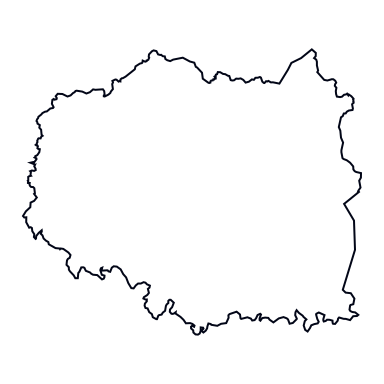 Adansi Akrofuom, Ashanti, Ghana
{"feature_id": "2480657B88279606337785", "entity_name": "Adansi Akrofuom", "entity_type": "district", "adm_level": 2, "iso_a3": "GHA", "parent_name": "Ghana", "parent_adm1": "Ashanti", "projection": "mercator", "projection_center": [-1.679, 6.031], "detail": "fine", "context": "isolated", "style": "outline", "palette": "ink", "viewbox_px": 384, "rotation_deg": 0, "n_neighbors": 0, "source": "geoboundaries", "source_scale": "gbopen_adm2", "svg_char_len": 5827}
<svg xmlns="http://www.w3.org/2000/svg" viewBox="0 0 384 384"><path d="M217.8,72.1L217.1,74.2L215.9,74.6L215.3,76.2L214.5,76.6L214.9,77.3L215.7,76.8L215.7,78.6L214.5,78.9L214.1,79.5L213.3,79.3L212.8,80.4L211.3,80.5L210.4,81.4L210.4,82.6L209.2,83.0L208.3,82.7L202.8,78.7L202.0,72.7L197.1,67.5L195.8,66.8L194.3,62.7L189.9,61.5L182.8,57.7L173.2,59.6L170.2,61.1L167.2,60.2L165.4,59.0L164.8,56.4L162.8,56.2L161.1,54.8L160.3,55.0L158.1,54.4L156.4,51.1L153.6,50.4L151.9,51.3L149.0,54.4L148.7,56.9L149.2,57.7L148.3,59.8L146.6,60.5L146.6,61.2L145.2,61.7L142.7,60.6L142.4,62.5L141.9,63.1L139.9,63.6L135.5,66.4L134.8,69.3L125.6,76.6L122.8,78.2L121.8,78.3L120.5,79.4L120.4,81.4L119.4,81.1L118.6,81.6L116.5,79.7L115.3,79.5L112.4,80.9L113.0,82.5L112.2,84.1L112.9,89.1L110.9,91.5L110.3,93.0L108.4,94.6L104.7,96.5L103.8,96.3L103.8,95.4L104.6,94.6L104.2,91.1L102.9,89.3L95.4,89.8L93.1,89.4L89.9,92.2L86.4,93.5L82.3,91.6L76.6,90.7L75.5,91.0L74.6,92.2L73.1,93.0L70.6,95.4L67.5,96.5L62.4,94.0L57.7,93.8L55.7,96.2L56.8,98.1L56.5,99.2L54.3,99.7L53.7,99.0L52.4,99.8L51.9,103.8L53.6,107.2L53.0,108.0L50.3,108.5L46.9,111.4L45.0,111.7L42.4,113.1L41.3,114.5L38.4,116.8L38.1,118.1L37.1,119.3L36.5,121.0L37.3,122.1L37.5,123.6L39.8,125.1L39.3,127.7L41.1,129.7L41.6,134.8L42.6,135.8L41.3,136.6L40.6,138.4L38.7,138.3L38.2,138.6L37.2,140.9L37.5,142.0L36.8,143.2L36.8,144.0L35.7,144.9L36.5,145.5L37.5,145.6L37.9,146.3L37.4,148.2L38.2,148.9L39.8,149.2L39.3,152.2L37.3,155.1L35.4,156.1L35.5,156.7L34.6,157.5L36.4,158.4L36.5,159.2L34.2,162.3L33.4,162.0L30.4,162.7L34.2,164.2L34.4,165.0L35.0,164.8L34.3,166.4L35.6,168.8L35.7,170.1L34.1,170.9L31.9,170.5L30.2,171.2L30.9,171.9L30.5,175.2L31.0,175.8L29.2,176.2L28.2,176.9L28.3,180.2L27.8,180.7L28.2,181.3L28.0,182.3L28.6,182.6L28.4,183.0L29.7,183.0L29.5,184.7L30.1,186.0L31.0,186.9L33.2,187.1L34.3,188.2L34.9,193.3L34.1,193.9L36.8,197.5L34.1,200.9L30.6,202.6L30.3,207.2L25.9,211.3L23.0,216.0L24.3,217.5L26.3,217.3L26.2,222.2L29.2,227.7L30.7,227.2L31.9,228.0L32.3,231.2L34.3,234.2L33.9,237.0L35.6,238.9L36.0,238.6L36.2,236.1L38.8,232.8L41.7,230.3L41.8,231.3L40.8,233.8L42.5,235.4L43.6,238.5L46.0,240.7L48.3,242.0L48.8,244.3L55.5,248.1L59.6,248.5L60.0,249.2L60.7,248.5L63.3,248.9L68.4,252.5L70.5,255.0L69.7,257.8L67.9,258.9L67.0,260.4L66.5,264.8L68.8,267.2L68.9,269.7L70.0,271.4L73.7,275.3L75.3,278.2L77.8,278.2L78.3,273.0L79.4,271.7L81.3,267.4L83.2,267.3L84.4,267.8L85.8,270.8L90.1,272.5L91.2,273.7L93.0,274.7L97.3,275.1L102.0,279.4L103.7,278.7L104.4,277.3L104.5,275.6L101.8,274.8L100.3,270.1L100.9,268.3L102.2,267.7L101.7,269.7L102.1,270.6L107.2,270.3L107.7,270.4L108.5,271.4L110.2,271.8L111.8,267.7L113.7,266.3L116.8,266.6L120.7,269.4L123.2,274.1L126.1,277.4L128.3,283.1L131.3,288.1L133.6,288.4L135.8,285.4L138.1,283.5L140.9,283.5L143.6,282.2L145.5,282.7L146.9,284.3L149.9,285.6L149.5,287.6L147.9,288.9L148.9,292.9L147.3,295.0L143.9,297.2L143.4,298.5L145.6,299.6L146.8,299.5L146.8,301.3L144.9,303.6L144.6,305.7L145.5,308.0L147.6,308.4L149.2,312.1L151.9,314.1L152.8,317.2L156.2,319.1L157.0,319.1L158.3,315.7L159.1,315.1L161.6,314.6L162.8,312.6L165.1,310.8L165.9,306.0L166.7,304.4L168.3,303.1L168.3,300.9L169.4,299.8L170.7,299.8L173.8,302.7L172.1,307.2L170.0,309.5L169.8,311.8L171.4,313.7L172.3,313.9L173.8,313.6L175.7,312.2L175.5,313.5L180.5,316.9L183.5,319.8L185.9,323.3L190.1,323.1L192.4,323.9L194.5,325.6L194.1,326.8L192.0,325.8L191.0,326.7L191.1,328.5L193.2,330.3L193.4,332.5L195.5,334.4L198.0,334.6L199.7,333.5L200.7,330.7L200.7,327.4L203.1,327.7L203.5,328.7L201.9,330.5L201.9,331.3L203.4,332.5L205.7,330.7L207.1,328.4L207.4,326.4L208.4,323.5L210.7,324.0L211.3,324.8L217.3,325.8L221.1,323.8L226.2,323.1L228.6,317.8L228.4,315.3L229.5,314.1L236.6,311.7L240.0,314.5L240.5,318.2L241.2,318.9L247.4,317.3L250.9,318.6L252.2,320.5L254.6,320.1L256.0,318.4L257.6,315.0L260.2,313.8L261.0,314.5L259.6,318.3L259.6,320.1L260.4,320.7L262.2,318.1L265.1,317.6L268.3,317.9L269.6,319.7L273.4,322.4L278.8,318.4L283.5,317.1L286.7,318.3L288.0,319.4L289.6,323.7L292.8,323.0L296.7,319.1L296.8,318.6L295.2,315.2L295.5,312.2L296.6,310.2L298.9,312.9L302.7,315.7L303.5,316.9L306.4,319.4L304.8,321.1L303.7,325.5L305.2,329.9L307.6,331.5L309.9,328.2L311.3,325.3L314.3,324.1L317.7,323.4L318.7,321.8L317.3,319.0L316.1,314.6L316.3,313.8L318.8,312.5L324.5,315.1L323.3,319.2L323.4,320.7L323.8,321.5L325.6,321.0L327.1,319.7L329.6,319.8L332.5,320.6L332.6,322.9L333.1,323.8L335.1,323.9L337.7,320.7L338.1,318.6L339.1,317.5L343.5,318.8L345.8,318.9L350.1,320.1L353.2,316.2L357.0,316.0L358.3,314.9L355.2,312.4L352.3,312.0L350.4,311.1L349.5,309.7L350.1,305.6L350.5,305.0L353.3,304.2L354.4,298.6L350.8,293.2L345.6,292.6L342.8,289.8L355.0,249.8L354.0,220.6L344.1,203.9L359.7,191.3L357.6,192.8L358.4,190.6L360.5,187.6L359.2,180.7L360.9,177.7L361.0,173.1L356.2,172.0L354.7,171.2L353.4,169.5L353.2,166.4L350.1,162.7L346.7,160.2L343.5,159.0L342.5,158.1L341.4,152.2L341.4,150.3L343.1,142.6L341.0,137.7L340.3,130.6L338.8,127.1L341.0,117.3L342.7,116.2L343.8,113.5L345.7,113.4L346.8,111.7L348.9,110.5L352.5,110.0L352.9,108.5L352.1,104.4L352.6,103.5L353.5,103.0L353.7,102.0L353.2,101.2L353.5,100.0L353.1,99.4L353.5,98.7L351.3,96.2L348.8,94.5L348.3,95.4L347.1,93.7L346.5,94.3L344.0,94.8L342.0,96.7L340.1,97.1L336.9,96.6L336.1,94.1L335.8,91.1L336.4,87.8L334.8,85.8L335.1,84.2L336.2,82.7L335.8,81.8L335.2,80.7L333.4,79.3L331.9,79.2L327.4,80.5L324.2,79.9L317.3,72.1L318.1,70.6L316.9,65.4L316.9,61.7L316.2,59.6L314.1,58.1L315.7,56.2L315.8,52.9L311.8,49.4L301.1,58.1L291.4,62.9L287.9,69.8L279.4,83.6L272.9,82.3L270.9,82.4L268.4,80.9L267.2,81.5L266.1,81.2L264.5,83.0L263.7,82.9L262.3,81.6L260.9,77.6L259.9,77.0L257.9,77.7L255.4,77.8L253.9,79.8L251.9,79.4L248.9,81.7L245.6,82.6L243.3,79.9L240.7,78.4L238.3,78.8L236.2,78.6L234.0,80.3L232.2,80.5L230.7,80.1L229.3,76.0L227.8,75.7L225.3,74.2L223.0,73.9L220.2,72.2L217.8,72.1Z" fill="none" stroke="#020617" stroke-width="2"/></svg>